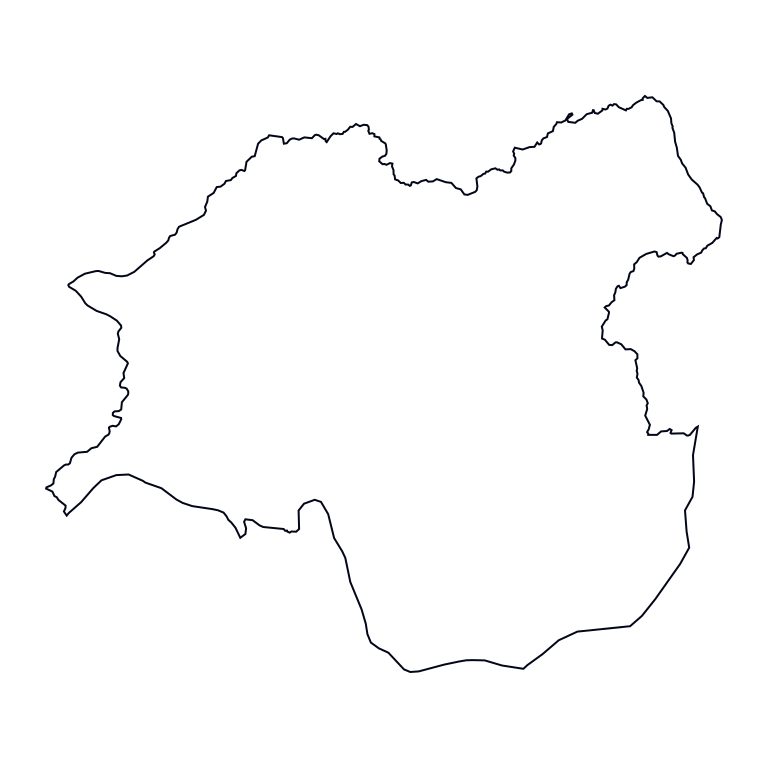 outline of Murung Raya, Kalimantan Tengah, Indonesia
{"feature_id": "22746128B54866510421393", "entity_name": "Murung Raya", "entity_type": "district", "adm_level": 2, "iso_a3": "IDN", "parent_name": "Indonesia", "parent_adm1": "Kalimantan Tengah", "projection": "orthographic", "projection_center": [114.086, -0.044], "detail": "fine", "context": "isolated", "style": "outline", "palette": "ink", "viewbox_px": 768, "rotation_deg": 0, "n_neighbors": 0, "source": "geoboundaries", "source_scale": "gbopen_adm2", "svg_char_len": 6081}
<svg xmlns="http://www.w3.org/2000/svg" viewBox="0 0 768 768"><path d="M697.8,426.6L695.8,427.8L689.9,434.9L688.0,435.6L686.9,435.5L683.7,433.3L671.4,433.6L670.5,433.0L671.6,430.1L669.7,429.0L667.0,431.0L661.1,431.4L657.0,434.9L648.2,434.9L648.2,433.5L647.1,432.1L648.7,429.3L649.9,424.8L645.2,415.6L647.2,409.0L646.6,405.3L647.8,403.3L646.4,399.5L643.3,396.4L643.6,392.7L641.3,385.9L639.1,382.8L638.5,379.9L636.8,377.5L637.5,373.9L636.7,370.8L637.2,368.4L635.4,360.2L637.4,358.4L637.4,354.3L634.5,351.2L630.7,349.1L625.5,349.4L621.3,344.3L616.9,342.3L615.5,342.4L612.2,345.1L609.2,344.9L604.9,339.7L602.0,338.5L602.7,330.4L601.8,326.6L605.7,320.4L607.4,319.3L609.0,312.8L608.9,311.7L604.7,307.5L606.2,306.1L608.9,305.5L611.6,302.2L614.4,300.2L614.1,295.2L615.3,292.5L615.9,288.8L617.5,286.3L618.9,285.8L620.4,288.1L624.8,286.7L626.6,285.2L626.7,282.4L628.2,279.6L629.6,273.7L630.7,272.1L633.5,271.0L634.3,268.3L634.1,264.4L636.7,262.2L639.5,257.8L646.3,253.9L654.5,251.5L656.6,252.1L657.5,255.6L658.6,256.7L660.9,256.3L667.0,252.9L668.8,254.3L673.5,256.2L675.1,255.5L676.5,253.8L681.3,252.7L682.5,252.9L682.8,254.2L686.9,257.9L687.6,260.3L687.4,262.4L688.1,263.4L690.8,264.0L693.9,260.1L693.6,257.2L697.1,254.4L701.2,252.6L702.2,250.5L704.0,248.5L705.8,248.2L707.3,245.7L712.3,242.9L716.6,238.0L717.6,238.5L719.3,237.2L720.8,224.5L721.9,220.0L720.7,217.0L717.1,214.2L714.7,211.3L711.9,210.4L710.4,206.3L707.2,203.8L705.0,198.1L704.1,197.2L703.1,193.3L702.0,192.6L699.6,187.4L697.6,184.7L691.7,179.5L688.1,174.4L685.6,167.7L682.1,163.4L680.8,159.8L678.0,155.9L676.8,147.6L675.1,141.7L674.2,132.7L672.4,127.8L672.7,126.5L671.4,123.3L671.0,118.4L667.8,110.9L664.2,107.0L663.4,105.0L659.6,101.4L656.6,101.3L652.4,97.3L647.3,97.9L644.9,96.0L642.6,98.4L642.7,99.9L641.0,100.1L636.2,102.7L633.0,105.2L631.6,107.3L628.5,108.9L626.7,108.9L625.9,110.4L618.8,107.2L616.2,104.4L614.0,104.1L612.5,105.6L610.5,104.7L608.7,105.7L607.4,108.6L605.5,109.5L602.5,108.8L602.3,110.5L597.9,113.7L594.8,113.0L593.6,110.1L593.0,110.1L592.2,112.7L586.7,114.2L582.1,118.8L577.6,120.8L575.3,122.8L568.3,121.9L567.3,120.0L567.5,118.6L572.4,114.7L571.8,113.4L569.1,114.3L565.3,120.5L561.2,122.5L557.0,122.2L556.2,124.2L553.8,126.8L552.9,131.1L547.9,133.4L547.0,137.0L543.4,138.4L541.8,140.3L541.1,143.4L540.3,144.1L539.1,144.4L537.2,142.5L534.5,146.8L529.6,147.1L522.6,149.5L514.8,147.7L513.1,151.4L514.2,153.8L513.7,155.6L515.3,157.8L515.4,160.4L514.0,164.4L511.3,168.3L511.3,171.0L510.0,172.5L507.1,172.6L504.0,171.6L502.8,170.4L500.2,170.4L499.1,169.4L497.6,169.8L495.4,168.3L491.3,169.3L488.0,171.7L486.2,171.6L485.2,173.5L483.4,173.9L480.7,176.1L478.3,176.8L476.4,178.4L477.4,186.5L476.7,190.3L475.1,191.9L467.6,194.9L464.3,194.4L460.8,189.4L455.9,188.0L451.4,182.9L445.8,182.2L436.7,179.1L432.9,181.4L428.3,181.7L426.2,179.9L421.4,181.1L417.7,183.4L413.8,182.0L411.8,182.4L410.8,185.4L409.8,185.9L408.1,184.5L405.5,184.5L403.8,182.8L400.8,183.0L398.1,180.4L395.1,179.4L394.6,175.6L393.6,174.3L393.5,170.1L392.0,166.4L392.4,163.6L390.0,163.1L386.4,164.8L384.6,164.0L382.6,164.2L379.2,161.3L379.5,158.7L382.3,156.6L385.0,155.8L386.4,153.8L386.7,150.3L385.8,144.4L385.3,143.4L381.2,140.9L380.6,139.3L379.6,138.8L379.4,137.4L374.4,136.4L374.4,134.1L372.3,133.2L369.5,133.8L368.3,130.9L368.9,129.7L368.5,126.6L367.1,125.1L363.6,124.8L359.9,126.2L356.0,124.0L352.6,126.9L350.2,126.8L347.8,129.8L344.9,131.9L343.8,131.9L342.6,133.9L340.0,134.2L337.8,133.3L336.6,134.0L333.5,133.3L330.5,136.3L326.7,142.1L325.7,141.2L325.4,138.8L324.0,139.1L318.8,135.3L316.1,134.7L314.9,135.1L311.9,138.2L304.3,137.4L299.1,139.7L294.0,138.4L291.8,138.6L289.7,139.7L286.8,143.2L283.9,143.7L282.9,138.0L282.0,137.1L269.1,135.3L267.8,137.5L261.3,140.4L258.1,143.7L254.7,156.2L251.8,156.7L246.5,161.8L245.1,170.3L244.3,171.0L241.4,169.9L239.4,170.4L236.4,173.2L236.0,175.9L232.4,178.0L230.8,180.1L225.9,181.0L224.5,183.7L220.6,186.6L216.7,187.1L213.7,192.9L207.9,196.7L207.3,201.6L205.0,207.0L206.0,210.7L203.9,214.9L195.9,219.8L179.1,226.7L177.6,229.0L176.6,232.7L175.0,234.7L170.2,236.0L169.0,237.8L168.3,240.4L166.1,242.9L159.7,248.2L154.3,251.6L153.9,252.5L154.7,254.4L153.7,256.2L147.4,260.4L134.2,271.9L127.1,275.5L121.9,276.3L116.4,275.9L110.0,273.2L105.2,272.9L98.7,271.0L95.9,271.1L84.9,273.7L77.5,277.7L73.6,281.3L68.8,284.2L68.3,285.1L69.1,286.8L75.8,290.8L81.2,296.7L85.3,303.3L87.6,305.5L96.6,310.9L106.4,314.3L110.4,316.4L116.8,320.6L121.1,325.6L121.3,327.8L118.5,331.3L117.8,333.6L119.2,339.2L117.5,348.1L117.5,351.0L120.3,356.0L127.2,361.8L127.9,363.4L123.5,373.0L124.2,378.1L120.5,382.2L119.9,385.6L121.0,387.4L124.9,387.8L126.6,388.6L128.2,391.2L128.3,393.4L127.8,395.0L121.9,402.2L121.2,409.5L118.8,411.1L114.5,411.4L112.9,412.9L112.8,415.1L113.9,416.0L121.1,418.0L121.2,419.3L118.8,424.2L116.1,426.4L112.6,425.8L109.7,426.8L108.9,427.7L109.7,431.3L109.3,433.3L108.4,434.7L105.1,436.6L97.2,446.8L91.4,448.2L87.1,451.8L77.9,452.6L74.5,454.2L71.5,457.7L69.9,463.3L68.3,464.5L65.7,464.6L63.9,465.5L56.2,472.0L55.1,476.7L53.8,479.2L53.4,483.5L51.0,485.4L46.5,487.3L46.1,488.6L52.4,491.6L54.5,496.1L56.7,497.2L58.5,500.0L65.6,505.6L65.5,508.0L63.9,511.5L66.7,515.6L68.9,512.9L81.1,502.2L93.4,488.0L101.5,480.3L116.3,475.1L128.6,474.5L142.8,480.8L145.4,482.6L161.4,488.2L176.4,499.5L182.6,502.9L192.2,506.1L212.3,509.1L218.0,510.3L223.6,512.6L226.6,516.4L228.3,519.8L231.4,522.6L235.5,527.8L240.3,537.8L245.4,534.0L246.1,528.3L244.1,521.8L245.4,519.3L252.6,520.2L259.6,525.4L263.2,527.0L283.6,529.0L285.2,530.8L287.0,530.6L287.2,531.5L289.7,532.6L291.4,531.5L296.2,531.7L299.1,529.0L298.6,510.5L304.0,503.7L314.7,499.8L321.0,501.9L328.2,514.2L334.1,538.0L342.2,551.3L345.3,557.9L350.3,582.0L361.7,609.7L365.8,623.8L367.4,634.1L370.9,642.6L378.8,648.3L388.4,652.7L404.0,669.4L410.3,672.0L418.7,671.4L444.2,664.6L459.0,661.5L466.2,660.3L472.6,660.1L484.8,660.4L502.0,665.5L523.4,668.8L527.4,665.1L542.7,654.0L558.8,640.2L577.4,631.6L630.1,626.2L641.9,615.9L655.3,599.1L680.1,564.0L689.2,547.7L686.6,531.5L685.0,510.4L692.5,496.8L694.1,481.7L693.0,455.1L697.8,426.6Z" fill="none" stroke="#020617" stroke-width="2"/></svg>